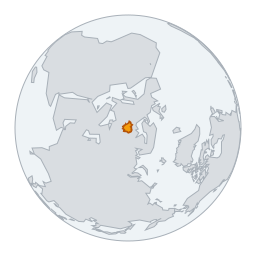 globe centered on Belarus, rotated 138°
{"feature_id": "BLR", "entity_name": "Belarus", "entity_type": "country or territory", "adm_level": 0, "iso_a3": "BLR", "parent_name": "Europe", "parent_adm1": "", "projection": "orthographic", "projection_center": [28.129, 53.705], "detail": "fine", "context": "on_globe", "style": "filled", "palette": "amber", "viewbox_px": 256, "rotation_deg": 138, "n_neighbors": 0, "source": "natural_earth", "source_scale": "50m", "svg_char_len": 12440}
<svg xmlns="http://www.w3.org/2000/svg" viewBox="0 0 256 256"><g transform="rotate(138 128 128)"><circle cx="128" cy="128" r="113" fill="#eef3f6" stroke="#a8b0b8"/><path d="M65.7,34.1L70.3,31.3L67.5,33.0L70.6,31.1L74.4,29.0L79.9,26.2L88.4,23.4L93.7,24.5L90.5,25.3L92.1,25.6L96.3,24.7L98.6,24.1L109.8,25.7L123.5,25.7L127.8,24.2L126.8,25.9L135.2,22.3L142.7,22.3L134.2,23.3L133.2,24.2L138.3,24.6L138.4,25.6L140.9,26.5L140.6,27.8L135.7,28.5L135.4,29.5L139.0,29.7L141.0,31.3L135.8,30.8L138.7,33.7L131.0,35.9L117.3,34.3L112.9,37.4L98.5,40.9L99.7,42.0L95.0,44.3L94.6,46.5L92.1,46.8L94.0,48.4L96.4,47.8L98.1,48.3L98.1,49.6L94.8,50.1L94.3,49.5L93.4,50.3L91.7,50.0L92.6,50.9L88.6,51.4L92.5,52.9L89.3,54.9L86.7,54.8L87.0,52.2L81.7,46.1L79.2,45.5L75.2,47.0L67.7,55.2L64.8,55.8L60.9,58.4L62.4,59.2L66.0,57.4L67.9,59.7L72.1,57.5L73.5,58.2L77.8,57.2L77.0,60.2L74.0,63.7L70.4,64.8L69.0,66.5L72.3,67.9L65.6,72.6L61.0,80.3L59.3,81.4L56.0,78.6L56.2,72.2L51.9,69.4L54.6,74.2L50.2,77.0L49.4,78.8L49.6,80.5L51.2,80.7L49.7,82.4L46.5,78.1L47.8,76.4L48.8,77.8L48.9,74.9L46.7,72.3L44.7,74.1L43.5,69.0L42.1,70.4L41.0,70.1L43.4,68.3L39.0,71.5L37.4,67.4L31.4,73.5L37.4,65.5L39.6,61.8L41.8,58.0L40.8,58.9L45.0,53.2L46.6,50.5L44.2,52.7L50.9,45.9L58.0,39.7L65.7,34.1ZM35.3,64.0L35.5,63.8L33.2,67.6L32.0,69.0L35.3,64.0ZM27.2,77.7L26.9,78.3L27.2,77.7ZM20.3,95.0L19.6,98.4L18.4,102.2L19.0,101.5L17.9,106.0L17.3,115.6L17.1,115.7L16.4,128.5L17.6,139.7L17.8,144.7L17.5,145.3L18.4,149.1L18.4,150.3L23.6,165.2L27.8,174.9L28.6,178.8L27.1,177.9L27.9,179.6L24.5,172.4L21.6,165.0L19.3,157.5L17.5,149.7L16.2,141.9L15.5,134.0L15.4,126.1L15.8,118.2L16.7,110.4L18.3,102.6L20.3,95.0ZM29.9,75.0L24.8,86.7L26.1,82.0L26.1,82.4L27.8,79.0L30.3,73.8L31.9,70.1L29.9,75.0ZM31.1,75.9L31.9,74.1L31.4,75.6L31.1,75.9ZM99.6,23.7L96.3,24.6L92.6,25.1L95.2,24.2L99.6,23.7ZM106.8,23.4L105.3,24.0L103.6,23.3L105.0,23.1L106.8,23.4ZM131.0,23.0L128.3,23.1L130.8,22.7L131.0,23.0ZM141.3,26.4L142.0,26.1L143.0,26.7L141.3,26.4ZM77.9,55.6L77.8,56.4L77.0,56.2L77.9,55.6ZM79.8,54.5L79.0,53.7L79.7,53.1L80.2,53.6L79.8,54.5ZM143.5,29.3L144.9,30.5L142.6,29.4L143.5,29.3ZM80.6,55.6L81.2,52.1L82.6,51.0L85.7,52.0L80.6,55.6ZM145.2,31.2L148.6,34.2L150.5,33.7L147.1,37.0L145.3,33.3L142.2,32.0L144.5,32.0L145.2,31.2ZM97.2,47.0L94.6,47.7L96.7,46.0L97.2,47.0ZM98.1,45.8L102.3,40.0L106.1,39.7L103.9,41.6L108.9,40.5L108.7,43.2L105.9,44.5L103.5,44.0L105.3,45.4L98.1,45.8ZM144.6,38.5L144.7,39.4L143.7,38.6L144.6,38.5ZM98.9,48.4L99.4,47.2L102.8,46.9L102.4,49.2L101.4,48.6L98.9,48.4ZM110.3,39.0L112.7,39.2L113.2,41.5L114.2,41.9L109.0,43.3L110.3,39.0ZM100.7,49.3L102.1,50.5L100.5,51.9L98.6,49.6L100.7,49.3ZM103.8,45.8L105.4,45.8L104.4,46.6L103.8,45.8ZM95.8,57.6L96.3,56.1L98.1,55.7L95.8,57.6ZM102.7,50.8L103.2,50.4L104.0,50.1L104.6,51.2L102.7,50.8ZM109.7,44.8L109.4,45.8L111.9,44.4L112.3,46.1L108.8,46.7L110.5,47.2L110.7,47.7L107.6,47.7L109.7,44.8ZM107.5,51.5L103.1,53.1L101.8,56.0L100.1,56.3L102.6,51.6L107.5,51.5ZM107.8,49.2L107.2,50.7L105.5,50.3L104.9,49.1L107.8,49.2ZM113.9,47.1L114.1,44.3L114.9,44.2L113.9,47.1ZM107.4,52.4L108.5,52.0L107.5,52.6L107.4,52.4ZM112.3,48.8L112.3,47.7L113.2,47.7L112.3,48.8ZM110.6,52.1L109.2,52.6L108.7,51.7L110.6,52.1ZM111.7,50.6L112.9,50.9L109.4,51.1L111.5,50.1L111.7,50.6ZM113.2,48.9L113.7,48.6L113.0,49.3L113.2,48.9ZM113.3,55.1L109.0,55.7L107.9,53.8L112.2,53.4L113.3,55.1ZM56.4,189.2L50.0,172.3L53.3,169.1L54.0,162.6L76.8,150.1L81.5,153.7L99.4,155.9L101.6,157.4L99.4,162.8L112.7,171.8L117.1,167.6L129.3,171.7L137.5,171.2L140.6,160.3L127.2,161.0L125.0,155.7L135.9,150.5L147.6,149.9L147.1,147.8L139.8,143.9L142.6,139.5L137.3,142.1L139.3,144.2L136.1,146.0L134.0,144.2L135.0,142.7L131.5,141.9L127.3,149.7L129.0,152.7L119.8,153.9L121.6,159.0L119.1,161.1L115.0,153.4L115.4,150.6L107.7,141.5L106.3,144.4L113.6,153.4L111.3,152.5L109.5,156.9L109.0,152.9L101.5,142.7L93.2,142.6L82.5,151.1L77.7,150.1L73.7,146.0L77.8,135.1L88.1,138.5L89.7,135.0L87.8,128.3L91.1,130.0L91.6,127.8L95.5,128.8L101.1,124.7L105.1,125.1L107.5,118.5L109.9,117.8L107.8,121.9L108.4,125.0L118.3,126.0L120.3,124.7L121.1,120.4L123.7,121.4L123.2,117.1L129.0,115.6L121.5,113.9L122.2,109.2L125.7,105.7L124.6,103.9L118.8,109.6L117.7,112.2L118.9,114.9L114.7,122.1L111.2,122.9L110.5,114.5L105.6,114.8L107.2,108.4L122.0,96.4L128.0,94.2L137.7,100.3L136.2,103.4L131.9,102.7L135.7,107.7L135.4,105.2L137.6,106.1L138.8,102.0L140.5,102.5L138.9,97.9L141.0,98.0L141.9,100.9L145.5,95.3L150.0,94.6L150.0,93.2L148.8,91.8L155.2,91.9L155.0,90.9L152.8,90.4L150.8,88.0L149.9,84.0L152.2,84.2L152.8,85.7L157.6,89.4L158.9,93.5L159.8,93.3L159.1,89.8L153.3,85.2L152.1,82.7L155.1,84.4L153.9,83.6L154.1,82.5L156.3,81.6L153.1,79.6L151.3,67.5L155.5,64.9L158.4,67.6L159.5,60.1L164.1,58.2L162.1,57.7L161.2,54.1L159.8,54.6L158.7,54.1L155.9,45.5L157.0,43.9L153.5,40.1L152.5,39.9L151.4,40.8L147.1,37.0L150.5,33.7L152.7,34.3L153.3,32.0L158.3,33.8L162.6,34.3L167.7,37.9L170.7,38.2L170.6,37.3L174.7,37.2L183.3,40.5L176.8,41.7L163.8,38.6L169.2,40.1L168.1,41.0L170.1,42.4L173.8,43.5L174.2,42.8L180.9,51.8L190.2,58.2L189.2,54.2L191.4,53.3L201.1,58.2L213.4,74.0L216.5,73.8L218.5,75.6L220.0,79.5L217.0,77.0L216.0,78.7L214.2,76.8L215.6,82.5L212.9,80.1L215.3,86.0L217.4,86.5L217.2,82.1L220.4,88.5L223.6,87.9L227.1,91.5L231.8,105.4L232.0,114.5L232.7,116.2L231.2,117.4L231.6,123.6L236.3,126.0L237.0,128.3L236.5,138.2L236.1,136.7L232.2,139.9L233.2,146.3L236.2,145.2L237.3,148.3L235.7,150.9L234.4,148.4L233.0,149.4L232.2,144.3L228.6,139.7L226.9,145.0L225.9,142.0L220.8,139.8L217.7,147.3L213.6,163.3L215.0,171.3L212.7,177.3L205.1,170.9L201.5,164.0L198.9,166.9L191.0,163.8L177.6,170.4L175.6,168.7L173.1,170.9L167.5,170.5L164.5,167.3L161.1,168.7L169.3,176.8L172.9,175.3L175.7,170.0L177.3,173.2L182.7,174.2L177.1,185.4L157.1,198.8L155.0,192.9L139.3,176.2L139.7,173.9L139.6,173.6L139.4,173.2L138.1,177.1L135.3,173.3L143.9,186.2L145.3,191.6L156.8,199.3L155.8,200.5L159.4,201.5L171.0,195.9L171.1,197.9L165.7,208.4L149.6,222.2L151.7,227.6L150.4,231.8L140.3,235.4L141.1,237.4L135.9,238.5L135.5,239.3L131.2,240.1L124.2,240.5L112.2,239.5L111.5,239.1L105.6,237.1L97.4,230.5L100.4,227.9L99.4,224.7L90.7,214.9L92.6,210.5L90.3,207.7L85.5,206.8L82.8,203.3L79.9,202.2L61.8,196.1L56.4,189.2ZM68.9,159.5L68.2,161.4L68.9,159.5ZM160.1,154.5L167.0,152.8L163.7,146.7L166.1,145.6L164.1,144.0L163.4,146.3L158.5,141.6L161.4,138.6L160.4,135.7L158.1,136.1L153.5,142.4L160.6,149.0L159.1,152.4L160.1,154.5ZM17.3,115.8L17.1,117.8L17.1,116.2L17.3,115.8ZM25.5,82.7L24.8,84.6L24.1,86.1L24.5,84.9L25.5,82.7ZM21.6,99.0L21.2,101.5L21.3,99.5L21.6,99.0ZM24.2,88.5L21.9,97.1L22.1,93.5L23.7,88.2L23.1,91.0L24.2,88.5ZM29.8,76.8L29.2,78.2L28.8,78.4L29.8,76.8ZM30.8,77.0L30.9,76.6L31.5,75.5L30.8,77.0ZM50.4,77.2L50.6,77.6L50.4,79.5L49.7,79.0L50.4,77.2ZM54.1,86.5L51.6,89.0L52.9,86.7L51.5,86.3L52.6,81.1L58.5,81.6L55.6,82.2L54.1,86.5ZM55.6,74.6L54.3,77.7L55.5,74.3L55.6,74.6ZM90.4,115.4L91.7,117.4L90.1,119.7L85.0,119.7L87.3,116.4L90.4,115.4ZM93.8,119.8L94.5,111.7L97.7,111.5L95.8,112.9L97.8,113.6L95.3,116.2L97.6,124.1L96.4,126.7L87.7,125.1L91.3,124.1L89.8,122.1L93.8,119.8ZM90.8,93.1L91.1,90.1L97.5,93.6L96.5,96.0L91.4,96.1L89.6,93.2L90.8,93.1ZM86.0,58.4L85.7,57.4L86.6,57.2L87.6,57.9L86.0,58.4ZM95.9,56.9L88.1,62.8L87.4,61.9L83.7,66.7L80.4,66.2L82.9,63.1L77.6,66.4L78.5,63.4L75.1,66.0L81.1,59.0L81.7,56.6L82.2,59.5L85.3,59.9L86.8,59.4L91.5,56.2L94.3,51.5L97.7,51.4L99.4,52.6L99.3,53.7L97.1,53.4L98.5,55.1L95.2,55.5L95.9,56.9ZM117.2,69.4L114.8,68.1L117.0,72.6L113.7,72.6L114.1,73.1L111.7,74.5L109.6,77.1L108.1,76.7L107.9,77.9L106.3,78.9L105.5,80.4L102.6,80.3L101.4,82.2L100.7,81.1L99.5,84.5L99.1,81.9L97.0,83.1L98.5,84.9L84.6,81.5L79.1,82.4L74.7,84.6L74.7,80.2L78.8,75.4L84.7,71.4L90.1,71.3L89.1,69.5L91.3,68.9L91.2,70.6L92.7,67.7L94.6,67.8L99.9,64.7L101.0,60.8L103.0,59.7L103.5,61.2L105.1,59.0L107.3,61.3L108.8,60.6L112.4,62.3L112.4,66.0L114.0,64.9L116.9,66.3L117.2,69.4ZM114.2,55.6L115.0,59.8L113.5,61.9L107.8,58.1L106.2,58.4L102.5,56.3L104.7,53.3L105.5,54.2L106.8,54.3L105.6,55.2L107.6,54.6L108.9,55.9L110.7,55.8L110.5,57.1L114.2,55.6ZM104.2,155.6L106.0,156.2L108.7,156.3L107.6,159.2L104.2,155.6ZM98.9,148.7L100.5,148.7L100.4,152.6L98.6,152.1L98.9,148.7ZM101.5,145.4L100.6,148.4L100.1,146.5L101.5,145.4ZM109.2,121.6L110.9,121.4L111.1,122.4L110.1,123.8L109.2,121.6ZM123.1,83.4L121.9,82.1L122.4,81.6L121.9,77.9L124.2,77.7L125.5,79.8L123.1,83.4ZM138.3,162.4L135.8,164.7L134.6,163.7L135.7,163.1L138.3,162.4ZM120.9,162.6L124.8,164.1L120.6,163.4L120.9,162.6ZM125.6,82.6L125.1,81.1L126.6,81.9L125.6,82.6ZM126.0,77.4L127.8,78.0L124.5,77.3L126.0,77.4ZM169.3,226.5L161.2,234.0L156.0,235.3L155.2,234.3L158.4,230.3L164.5,227.6L167.6,224.8L169.3,226.5ZM237.8,153.1L237.1,155.9L237.6,153.7L238.7,148.9L237.8,153.1ZM237.5,154.1L235.7,157.4L231.3,156.7L233.0,153.8L237.2,150.3L236.9,151.9L238.0,150.4L237.5,154.1ZM240.0,140.0L239.8,141.6L239.4,143.9L239.2,142.0L239.3,139.0L239.8,136.8L239.8,121.5L240.1,120.1L240.4,125.5L240.6,125.6L240.6,128.5L240.0,140.0ZM215.5,171.7L218.0,174.1L216.5,176.4L215.5,171.7ZM238.7,113.4L239.4,119.8L238.4,112.7L238.7,113.4ZM237.4,107.8L237.9,109.1L237.5,109.1L237.4,107.8ZM233.7,118.3L233.4,121.0L232.8,120.0L232.9,116.0L233.7,118.3ZM229.7,94.7L231.7,97.7L232.4,99.2L231.2,98.5L229.7,94.7ZM145.2,79.8L143.4,85.0L143.6,88.9L146.3,91.2L141.8,90.3L141.4,84.3L145.2,79.8ZM150.3,68.9L148.0,67.1L149.5,66.5L150.2,66.9L150.3,68.9ZM148.6,68.8L144.8,69.2L143.9,67.3L147.0,67.3L148.6,68.8ZM135.2,75.7L134.5,77.2L133.3,76.4L135.2,75.7ZM239.2,110.1L239.1,110.3L239.5,113.7L238.1,105.4L238.6,106.5L239.2,110.1ZM238.3,107.0L238.7,110.1L237.9,105.8L238.3,107.0ZM238.5,109.9L238.0,108.4L237.9,106.9L238.5,109.9ZM238.1,105.9L237.1,102.6L237.6,103.4L238.1,105.9ZM236.5,105.4L237.4,104.3L237.3,108.2L234.7,103.0L234.6,100.7L236.5,105.4ZM219.6,72.3L218.2,71.5L217.4,69.2L218.6,70.5L219.6,72.3ZM213.3,61.7L216.7,68.4L219.2,74.1L219.6,73.3L222.2,76.7L220.3,76.6L216.9,70.8L215.4,67.0L212.9,64.6L210.5,60.8L207.5,59.1L205.7,57.0L207.9,57.5L213.3,61.7ZM206.2,58.5L200.1,54.7L199.6,51.7L200.8,51.9L203.8,54.8L204.0,56.2L206.2,58.5ZM198.5,53.0L198.6,54.3L189.7,52.9L187.7,51.9L194.2,51.1L194.5,52.4L196.8,53.4L198.5,53.0ZM145.9,39.3L144.8,39.4L145.4,38.7L145.9,39.3ZM157.9,54.5L156.6,53.7L157.4,52.9L157.9,54.5ZM153.4,51.2L153.5,52.6L152.4,51.0L153.4,51.2ZM153.8,56.0L153.0,53.2L155.1,56.1L153.8,56.0Z" fill="#d9dde1" stroke="#a8b0b8" stroke-width="1"/><path d="M132.4,131.0L132.2,131.0L131.9,131.1L131.7,131.2L131.4,131.2L131.3,131.4L131.2,131.5L131.1,131.8L130.9,132.1L131.0,132.2L131.0,132.3L131.0,132.5L130.9,132.7L130.7,132.6L130.6,132.4L130.4,132.3L130.2,132.4L129.9,132.4L129.7,132.4L129.6,132.5L129.4,132.5L129.3,132.3L129.3,132.2L129.2,132.1L128.9,132.3L128.7,132.5L128.6,132.4L128.6,132.2L128.4,132.2L128.2,132.2L127.9,132.2L127.7,132.2L127.6,132.3L127.4,132.4L127.5,132.2L127.4,132.1L127.2,132.1L126.8,131.8L126.7,131.8L126.4,131.8L126.1,131.7L125.9,131.6L125.7,131.6L125.3,131.5L125.2,131.5L124.9,131.4L124.5,131.4L124.3,131.4L124.2,131.4L124.0,131.5L123.8,131.5L123.7,131.5L123.4,131.5L123.1,131.9L122.9,132.0L122.8,131.9L122.7,131.9L122.5,132.1L122.4,131.9L122.4,131.7L122.5,131.6L122.5,131.4L122.6,131.2L122.4,130.9L122.2,130.7L122.2,130.3L122.4,130.2L122.9,129.9L123.0,129.8L123.0,129.7L123.0,129.4L123.0,129.2L122.9,128.7L122.7,128.0L122.6,127.4L122.9,127.4L123.1,127.4L123.3,127.4L123.5,127.5L123.8,127.4L124.1,127.4L124.2,127.1L124.5,127.1L124.6,126.9L124.8,126.9L125.0,126.8L125.0,127.0L125.3,127.1L125.3,126.9L125.2,126.8L125.0,126.7L125.2,126.3L125.3,126.3L125.3,126.2L125.3,125.7L125.6,125.5L125.8,125.4L125.9,125.2L126.3,125.2L126.5,124.9L126.4,124.8L126.2,124.8L126.1,124.7L126.3,124.4L126.3,124.2L126.5,124.1L126.7,123.8L126.8,123.8L127.1,123.9L127.3,123.9L127.5,123.7L127.7,123.3L127.9,123.2L128.0,123.2L128.2,123.4L128.3,123.3L128.5,123.3L128.6,123.5L128.9,123.5L129.0,123.4L129.3,123.5L129.4,123.8L129.4,124.0L129.5,124.1L129.7,123.9L129.8,123.9L130.0,123.8L130.3,123.8L130.6,123.9L130.7,124.0L130.8,124.1L131.0,124.2L131.1,124.3L131.1,124.6L131.0,124.8L131.1,125.0L131.2,125.3L131.1,125.5L131.0,125.8L131.2,126.0L131.4,126.1L131.4,126.3L131.5,126.5L131.6,126.8L131.8,126.9L132.0,127.1L132.3,127.2L132.3,127.3L132.2,127.6L132.3,127.7L132.5,127.7L133.0,127.9L133.0,128.0L133.3,128.3L133.4,128.5L133.2,128.6L133.1,128.8L132.9,129.0L132.7,129.1L132.4,129.1L132.3,128.9L132.2,128.9L131.9,128.9L131.8,129.0L131.7,129.2L131.7,129.3L131.8,129.4L131.9,129.6L132.0,129.7L132.1,129.8L132.1,130.0L132.1,130.4L132.1,130.6L132.3,130.8L132.4,131.0L132.4,131.0Z" fill="#f59e0b" stroke="#b45309" stroke-width="1.5"/></g></svg>